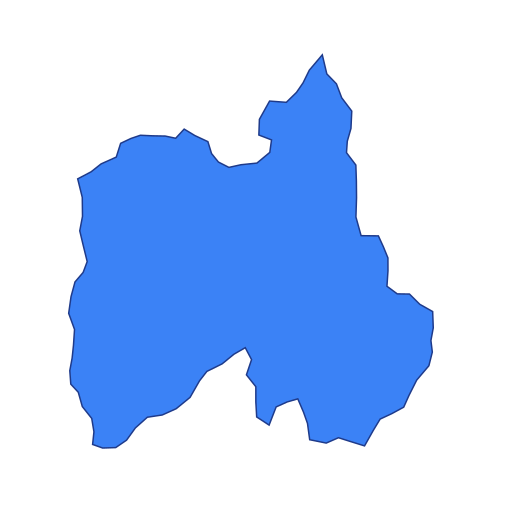 the district of Barroso, Minas Gerais, Brazil, rotated 6°
{"feature_id": "56859067B65889724989346", "entity_name": "Barroso", "entity_type": "district", "adm_level": 2, "iso_a3": "BRA", "parent_name": "Brazil", "parent_adm1": "Minas Gerais", "projection": "natural_earth1", "projection_center": [-43.957, -21.177], "detail": "fine", "context": "isolated", "style": "filled", "palette": "blue", "viewbox_px": 512, "rotation_deg": 6, "n_neighbors": 0, "source": "geoboundaries", "source_scale": "gbopen_adm2", "svg_char_len": 1438}
<svg xmlns="http://www.w3.org/2000/svg" viewBox="0 0 512 512"><g transform="rotate(6 256 256)"><path d="M300.9,49.0L289.6,65.6L284.7,78.9L279.2,89.0L270.1,100.0L253.3,100.5L245.1,119.7L246.2,135.4L259.3,138.9L258.9,151.5L247.2,163.5L231.5,166.8L219.8,170.7L208.8,166.5L201.1,158.8L196.2,147.3L182.6,142.6L171.3,137.3L163.8,147.3L153.2,146.2L140.4,147.3L128.4,148.0L119.3,152.2L109.6,158.1L106.7,172.2L92.3,180.6L83.2,189.5L70.6,197.9L77.1,215.9L79.3,234.7L78.1,249.4L82.8,262.8L88.7,279.2L85.8,290.4L78.7,300.7L76.3,315.7L75.7,332.6L83.2,348.0L83.8,363.7L83.8,376.8L82.8,389.5L85.2,402.8L93.5,410.1L99.0,423.9L109.6,434.7L113.2,447.8L113.2,460.5L123.6,463.0L136.5,461.2L146.5,452.7L154.0,439.6L164.8,427.7L179.4,423.9L192.6,416.2L205.2,403.5L212.9,386.0L219.2,375.9L233.6,366.8L244.3,356.0L254.9,348.3L262.4,359.5L258.9,375.2L269.5,386.0L271.1,401.2L273.5,416.0L286.7,422.8L291.8,404.0L302.2,397.9L312.5,393.7L319.6,406.4L324.7,417.1L328.6,433.1L345.4,434.7L357.0,428.1L368.7,430.5L383.8,433.5L390.9,417.1L396.5,405.2L407.5,398.6L418.7,390.9L422.7,378.7L428.8,362.6L439.4,347.1L441.4,333.1L438.8,321.8L439.8,308.9L437.5,292.8L423.9,286.9L412.6,277.8L400.4,278.9L389.4,272.4L388.8,256.9L387.4,244.1L381.7,233.5L375.6,223.2L358.4,224.8L351.3,206.8L349.9,187.6L348.0,171.0L345.8,155.1L335.2,143.8L334.8,132.3L337.1,119.2L336.1,101.9L324.7,89.7L318.0,76.4L307.4,67.5L300.9,49.0Z" fill="#3b82f6" stroke="#1e3a8a" stroke-width="1.5"/></g></svg>